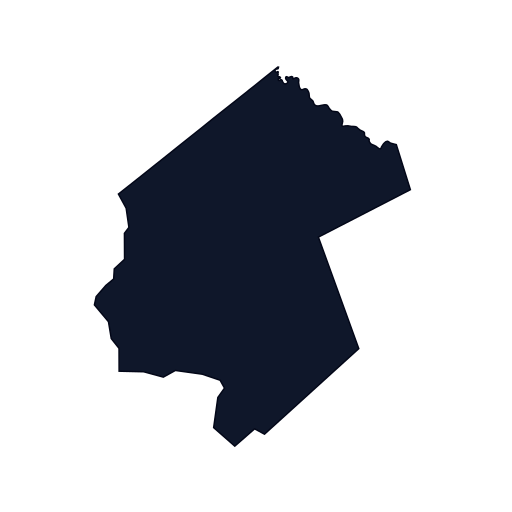 the district of Chuy, Rocha, Uruguay, rotated 318°
{"feature_id": "84410073B59552855660776", "entity_name": "Chuy", "entity_type": "district", "adm_level": 2, "iso_a3": "URY", "parent_name": "Uruguay", "parent_adm1": "Rocha", "projection": "mercator", "projection_center": [-53.451, -33.738], "detail": "fine", "context": "isolated", "style": "filled", "palette": "ink", "viewbox_px": 512, "rotation_deg": 318, "n_neighbors": 0, "source": "geoboundaries", "source_scale": "gbopen_adm2", "svg_char_len": 3155}
<svg xmlns="http://www.w3.org/2000/svg" viewBox="0 0 512 512"><g transform="rotate(318 256 256)"><path d="M195.2,117.9L191.5,133.6L180.7,149.7L173.4,151.1L156.1,170.5L142.1,170.7L134.9,177.8L124.7,177.4L110.1,179.2L103.2,184.2L102.4,206.1L93.2,220.5L92.4,233.0L77.2,250.0L95.1,266.9L106.1,284.0L119.5,287.1L137.0,307.9L146.2,324.3L144.2,333.1L133.0,335.6L109.7,355.2L113.0,383.1L139.3,383.5L143.1,394.1L270.4,393.6L315.0,283.7L415.1,310.0L434.8,267.1L433.1,264.6L431.4,261.9L431.3,261.3L431.0,259.8L430.8,259.2L430.4,258.6L429.3,258.1L428.7,257.9L426.8,257.9L425.7,258.0L424.5,258.3L422.3,258.9L421.1,259.5L420.8,259.6L420.4,259.6L420.1,259.5L419.7,259.3L419.5,259.0L419.3,258.6L419.1,257.8L418.7,255.6L418.6,254.8L418.2,253.8L417.9,253.0L417.0,251.1L416.6,250.2L416.5,249.7L416.4,249.1L416.5,248.4L416.5,247.9L416.7,247.0L417.0,246.3L417.2,246.0L417.5,245.7L418.0,245.3L418.2,244.9L418.3,244.4L418.2,243.5L417.2,241.2L417.0,240.4L417.2,239.5L418.0,238.1L418.9,237.2L419.1,236.6L419.1,235.8L418.9,235.1L417.6,232.1L417.1,229.1L417.1,228.2L417.0,227.4L416.3,226.2L414.6,224.4L413.6,223.5L411.4,220.7L409.3,219.0L407.5,217.9L407.2,217.5L407.1,217.2L407.1,216.8L407.3,216.4L407.8,215.9L409.0,215.1L410.5,214.0L411.5,212.6L411.9,211.7L413.1,206.8L413.2,204.3L413.1,203.6L412.4,202.7L409.6,199.5L409.3,198.7L409.2,197.9L409.2,195.3L409.7,192.9L409.7,191.4L409.2,190.5L408.0,189.4L404.9,187.5L403.3,186.6L402.4,185.9L401.5,185.0L401.1,184.2L400.8,183.3L400.8,182.4L401.0,181.3L401.8,179.5L402.0,178.6L401.9,177.6L401.6,175.0L401.7,174.3L402.1,173.5L404.3,170.5L404.8,169.3L405.2,167.8L405.4,166.4L405.2,165.7L404.9,165.1L404.1,164.4L403.4,164.0L402.7,163.8L402.1,163.6L401.2,162.9L400.8,162.4L400.7,161.9L400.8,160.9L401.4,159.2L403.6,155.7L404.9,154.5L405.7,153.7L406.0,153.1L406.1,152.4L405.9,151.5L405.6,150.9L405.1,150.4L404.3,149.9L402.5,149.5L402.2,149.3L402.0,149.1L402.0,148.7L402.3,148.4L402.8,148.0L403.0,147.5L402.9,147.1L402.6,146.5L402.1,146.2L401.3,145.8L400.0,145.4L399.5,145.0L398.9,143.5L398.6,143.1L398.3,143.0L397.9,143.0L397.6,143.1L397.3,143.5L396.9,143.8L396.7,144.3L396.5,144.9L396.5,146.2L396.4,147.7L396.3,148.0L395.8,148.3L395.3,148.4L394.8,148.4L394.3,148.3L393.7,148.1L393.0,147.8L392.6,147.4L392.2,146.7L392.1,145.7L392.3,144.6L392.6,143.6L392.9,143.0L392.9,142.5L392.8,142.1L392.4,141.6L391.8,141.4L391.3,141.2L390.9,141.3L390.6,141.2L390.4,140.9L390.3,140.5L390.4,140.0L390.6,139.7L391.1,139.2L391.4,139.2L391.8,139.2L392.1,139.5L392.5,139.8L393.0,140.0L393.3,140.0L393.6,139.7L393.6,139.3L393.5,138.9L393.3,138.4L392.9,138.0L392.5,137.7L392.5,137.1L392.7,136.6L393.2,136.3L393.6,136.2L394.1,135.7L394.5,134.9L395.1,134.5L395.5,134.3L395.7,133.9L395.6,133.6L395.3,133.4L394.6,133.2L394.1,133.0L393.8,132.6L393.7,132.2L393.7,131.8L393.9,131.3L394.4,130.8L394.8,130.6L395.2,130.6L395.6,130.6L396.0,130.6L396.4,130.8L397.0,131.2L397.4,131.5L397.9,131.5L398.4,131.2L399.1,130.7L398.7,130.2L380.6,129.1L369.0,128.5L364.8,128.2L361.9,128.0L358.9,127.9L356.0,127.7L353.0,127.5L344.8,127.0L323.2,125.6L317.1,125.2L301.5,124.4L275.4,122.8L229.8,120.1L204.3,118.5L195.2,117.9Z" fill="#0f172a" stroke="#020617" stroke-width="1.5"/></g></svg>